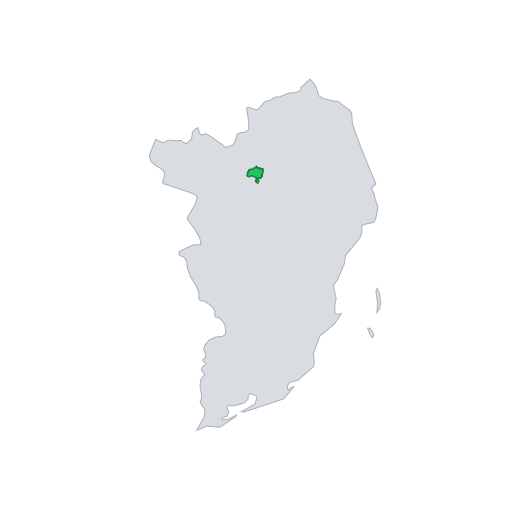 location of Villa de San Antonio, Comayagua, Honduras, rotated 115°
{"feature_id": "27666195B41071058173253", "entity_name": "Villa de San Antonio", "entity_type": "district", "adm_level": 2, "iso_a3": "HND", "parent_name": "Honduras", "parent_adm1": "Comayagua", "projection": "equal_earth", "projection_center": [-87.548, 14.295], "detail": "fine", "context": "in_parent", "style": "filled", "palette": "green", "viewbox_px": 512, "rotation_deg": 115, "n_neighbors": 0, "source": "geoboundaries", "source_scale": "gbopen_adm2", "svg_char_len": 5077}
<svg xmlns="http://www.w3.org/2000/svg" viewBox="0 0 512 512"><g transform="rotate(115 256 256)"><path d="M439.1,236.1L423.9,234.9L416.8,237.4L413.7,242.9L411.0,245.4L408.7,244.8L404.2,247.0L397.3,251.9L391.2,253.8L385.6,252.6L384.0,253.8L383.6,255.4L382.8,256.9L380.6,257.8L378.2,257.3L375.4,255.6L374.0,256.3L373.8,259.5L372.3,260.4L369.5,258.9L366.3,260.1L362.8,263.9L357.8,264.7L351.4,262.5L346.5,258.3L342.9,252.2L338.7,250.7L331.4,255.2L328.3,260.5L327.7,263.8L328.4,266.7L327.0,268.7L323.6,269.7L321.0,273.3L319.3,279.5L318.9,284.3L320.0,287.7L318.3,290.2L313.9,291.8L308.6,297.2L302.5,306.4L296.4,312.8L290.4,316.4L287.5,320.5L287.7,324.9L287.4,326.3L286.2,326.8L284.2,327.4L272.6,317.8L269.2,311.0L266.3,312.1L262.7,315.5L257.5,323.0L252.0,333.3L249.4,334.5L235.5,332.9L228.2,333.9L226.7,335.2L226.1,339.0L226.5,344.1L228.5,362.2L229.6,369.7L228.6,372.0L224.8,372.4L220.0,373.4L217.4,376.8L216.7,380.4L216.5,385.3L215.0,390.4L212.0,394.0L209.0,395.3L192.6,396.3L192.8,387.9L188.1,384.5L185.4,377.5L183.0,372.8L183.8,369.9L183.6,366.5L176.9,363.9L170.6,366.0L167.0,364.7L164.3,362.9L168.9,358.7L169.2,356.2L167.7,354.4L166.2,353.1L166.7,348.4L167.6,342.9L170.2,329.9L169.2,327.7L165.0,323.8L159.7,323.4L153.9,324.6L151.0,322.6L148.6,318.2L144.4,316.0L137.0,319.6L129.2,324.9L126.8,326.9L124.8,326.6L123.9,322.6L123.5,317.9L123.0,316.7L118.9,315.0L114.0,313.8L111.5,312.5L109.2,309.3L103.3,305.1L102.0,302.0L94.2,294.9L92.7,291.4L90.9,288.9L87.2,285.6L84.2,286.4L74.4,282.3L72.9,282.0L74.2,278.4L77.4,272.9L84.2,266.8L84.8,261.8L83.0,252.4L81.2,246.2L82.2,243.5L84.4,232.4L86.0,229.8L95.8,224.3L96.7,223.5L104.5,215.7L113.1,207.0L122.0,197.4L132.0,186.7L137.5,180.5L140.0,177.8L145.7,180.0L150.2,175.0L152.8,173.3L158.9,167.2L160.8,165.9L171.0,163.4L175.9,163.5L180.2,169.6L183.7,172.9L190.1,170.1L195.5,169.4L217.8,175.1L226.7,172.6L242.9,172.1L250.2,173.5L260.6,165.4L267.2,163.8L275.0,160.0L273.9,156.2L272.0,154.4L283.9,156.1L301.6,164.3L320.5,162.8L327.2,158.4L331.6,157.1L351.0,165.5L356.1,172.0L360.0,172.6L363.1,171.2L363.9,169.8L360.1,168.4L358.4,166.4L373.6,170.4L402.5,200.9L403.1,203.4L390.8,194.4L384.3,195.1L382.6,196.5L383.0,201.5L383.6,203.8L386.4,204.0L388.5,202.7L393.5,204.3L396.9,207.6L401.0,212.6L403.4,218.1L406.1,218.2L408.6,214.9L413.5,214.5L416.7,218.2L418.9,218.0L415.8,212.3L408.3,206.6L410.1,206.4L426.5,216.5L431.2,229.3L435.1,232.2L439.1,236.1ZM246.4,126.4L237.0,132.6L234.1,132.5L238.4,127.7L245.3,123.6L251.2,121.6L256.1,122.5L246.4,126.4ZM278.7,119.8L274.2,124.4L273.4,122.3L275.6,118.1L278.3,115.7L280.9,115.9L280.2,117.8L278.7,119.8Z" fill="#d9dde1" stroke="#a8b0b8" stroke-width="1"/><path d="M174.2,286.0L174.2,286.3L174.3,286.3L174.4,286.6L174.5,286.7L174.7,286.8L174.6,287.0L174.6,287.3L174.6,287.5L174.7,287.8L174.8,287.9L175.0,287.9L175.0,288.0L174.8,288.3L174.8,288.5L174.7,288.6L174.6,288.8L174.7,289.0L174.8,289.1L174.7,289.2L174.7,289.3L174.8,289.3L174.9,289.5L174.8,289.8L175.0,289.9L175.1,290.0L175.3,290.0L175.5,290.1L175.4,290.3L175.3,290.6L175.2,290.6L175.0,290.8L174.9,290.9L175.0,291.0L175.2,291.3L175.3,291.4L175.4,291.5L175.3,291.8L175.4,292.0L175.5,292.1L175.5,292.3L175.4,292.4L175.3,292.6L175.2,292.8L175.1,293.0L174.9,293.1L174.8,292.9L174.7,292.9L174.6,293.0L174.7,293.4L174.8,293.5L174.7,293.7L176.1,293.8L176.3,293.9L177.2,294.6L177.3,294.9L177.3,295.0L177.4,295.3L177.4,295.5L178.9,295.5L179.2,296.6L179.2,296.9L179.3,297.0L179.4,297.3L179.5,297.4L179.7,297.5L179.8,297.6L179.9,297.8L180.0,297.9L180.1,298.0L180.1,297.9L180.2,298.1L180.3,298.1L180.5,298.2L180.5,298.3L180.8,298.4L181.0,298.3L181.3,298.4L181.3,298.2L181.4,298.4L181.5,298.3L181.5,298.5L181.8,298.6L182.0,298.5L182.1,298.4L182.3,298.3L182.5,298.4L182.8,298.4L182.9,298.5L183.0,298.7L183.1,298.8L183.3,299.0L184.2,299.0L184.5,298.3L186.9,298.1L187.3,297.3L187.1,295.8L187.0,295.6L186.9,295.6L186.8,295.4L186.7,295.4L186.4,295.3L186.2,295.2L186.0,294.9L185.8,294.8L185.7,294.7L185.4,294.4L185.2,294.2L184.9,291.5L184.8,289.1L184.8,288.9L184.9,288.7L185.0,288.5L185.2,288.4L185.5,288.3L185.7,288.2L185.8,288.2L186.0,288.4L186.3,288.4L186.5,288.5L186.7,288.4L186.8,288.3L186.8,288.2L187.0,288.1L187.3,288.2L187.5,288.1L187.8,288.0L187.8,287.9L187.9,288.0L188.0,288.0L188.0,287.9L188.3,287.8L188.5,287.8L188.7,287.6L188.8,287.4L189.3,285.2L186.9,285.1L186.9,285.3L186.8,285.5L186.7,285.6L186.4,285.7L186.4,285.8L186.2,286.0L186.0,286.3L185.9,286.3L185.7,286.3L185.4,286.4L185.3,286.5L185.2,286.6L184.8,286.7L184.1,285.9L184.0,286.0L183.8,286.1L183.7,286.2L183.4,285.9L183.4,285.7L183.3,285.4L183.4,285.2L183.5,284.9L183.5,284.7L182.9,284.4L181.5,284.1L181.4,284.3L181.2,284.4L181.2,284.5L180.9,284.5L180.7,284.6L180.6,284.8L180.5,285.0L180.4,285.0L180.3,284.9L180.3,284.7L180.2,284.5L179.8,284.6L179.7,284.6L179.4,284.6L179.1,284.9L178.9,285.0L178.7,285.0L178.3,285.1L178.2,285.2L178.0,285.3L176.6,285.1L176.4,285.2L176.2,285.2L176.2,285.3L176.0,285.5L175.9,285.5L175.7,285.6L175.3,285.8L175.2,285.8L175.0,286.0L174.9,286.1L174.7,286.1L174.4,286.2L174.3,286.3L174.3,286.2L174.2,286.0Z" fill="#22c55e" stroke="#15803d" stroke-width="1.5"/></g></svg>